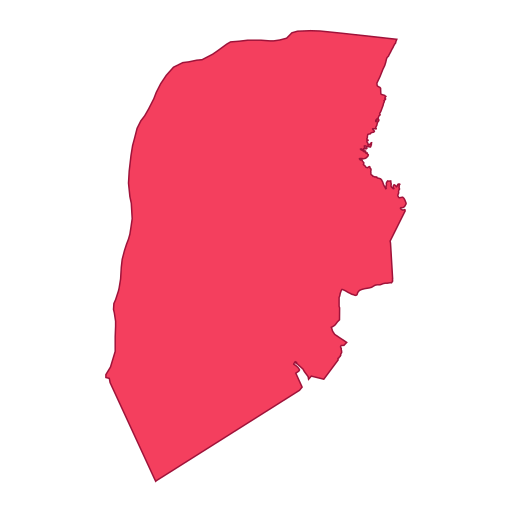 Barito Timur, Kalimantan Tengah, Indonesia (orthographic projection)
{"feature_id": "22746128B29529230943245", "entity_name": "Barito Timur", "entity_type": "district", "adm_level": 2, "iso_a3": "IDN", "parent_name": "Indonesia", "parent_adm1": "Kalimantan Tengah", "projection": "orthographic", "projection_center": [115.357, -2.015], "detail": "fine", "context": "isolated", "style": "filled", "palette": "rose", "viewbox_px": 512, "rotation_deg": 0, "n_neighbors": 0, "source": "geoboundaries", "source_scale": "gbopen_adm2", "svg_char_len": 6001}
<svg xmlns="http://www.w3.org/2000/svg" viewBox="0 0 512 512"><path d="M155.7,481.3L156.3,480.7L299.5,390.3L302.1,387.1L295.8,373.2L298.8,371.1L299.5,370.0L299.5,369.7L298.9,368.8L297.8,367.3L296.1,365.8L293.7,364.2L293.8,363.7L294.9,362.1L295.2,362.3L295.4,361.8L296.6,362.4L296.2,363.5L297.3,363.9L303.0,369.1L304.3,371.5L308.1,376.6L308.6,379.2L311.3,376.1L323.8,379.2L337.8,360.4L338.0,360.2L338.1,359.7L338.0,359.1L338.0,358.4L339.0,357.8L339.1,357.3L340.0,356.5L340.3,356.1L340.4,355.4L340.8,355.1L340.7,354.5L340.8,353.9L341.4,353.0L341.7,352.3L341.5,351.7L341.7,351.1L341.3,350.1L341.2,349.0L341.3,348.2L340.7,347.7L340.5,346.7L341.2,345.5L343.9,345.4L346.7,342.4L339.3,337.5L334.7,334.4L332.6,331.2L331.7,328.3L331.3,327.3L332.4,326.8L334.7,325.3L336.0,323.8L337.4,321.9L339.5,319.8L339.6,307.8L339.1,306.4L339.1,297.4L339.7,296.0L340.2,293.4L341.2,290.6L341.8,289.5L342.6,289.5L345.1,290.6L348.3,292.5L350.3,293.4L351.2,294.0L352.5,294.5L353.2,294.5L354.3,295.1L355.2,295.3L355.7,295.4L356.2,295.2L356.8,294.9L357.2,294.2L357.7,292.5L359.3,290.6L359.6,290.3L360.1,290.2L360.4,290.0L361.9,289.4L364.5,288.7L369.3,287.9L371.6,287.3L373.2,286.3L375.3,285.1L375.7,285.1L377.0,284.8L380.0,284.8L381.8,284.2L382.6,283.8L383.3,283.6L385.2,283.2L387.2,283.2L390.2,282.7L391.5,282.8L392.6,281.2L392.6,280.8L392.5,280.5L392.6,280.2L392.5,279.6L392.6,279.1L392.5,278.8L392.6,278.7L392.5,278.4L392.6,278.2L390.5,243.0L390.1,241.1L404.8,211.6L404.9,211.3L405.1,211.1L405.0,210.7L405.1,210.1L404.9,209.7L404.4,209.6L403.2,210.1L402.7,210.1L401.2,209.3L400.5,208.6L400.5,208.0L401.0,207.6L402.2,207.7L403.0,207.5L403.4,207.4L404.6,206.5L406.0,204.0L406.1,203.5L406.0,202.9L404.9,200.1L404.5,199.3L403.8,198.2L402.9,197.4L402.7,197.2L402.4,197.2L399.4,197.8L399.1,197.7L398.8,197.5L398.5,197.1L397.8,195.7L397.8,195.1L398.7,192.9L398.5,191.6L398.7,190.7L398.9,190.0L399.5,189.2L399.5,188.8L399.1,187.8L399.2,185.9L399.1,185.1L399.2,184.9L399.8,184.5L399.8,184.3L399.7,184.1L399.4,184.0L398.8,184.0L398.2,184.1L397.7,184.6L396.9,186.5L396.6,186.8L396.3,186.7L395.9,186.0L394.6,184.9L394.2,184.8L393.9,184.9L393.7,185.1L393.3,186.0L393.2,187.0L393.1,187.5L393.1,187.8L393.6,188.1L393.9,188.4L393.9,188.6L393.6,188.7L393.2,188.7L391.4,187.0L391.1,186.3L391.0,185.5L391.2,184.4L391.2,183.9L390.8,182.1L390.8,181.0L390.3,180.9L389.0,181.2L388.7,181.2L387.9,180.9L387.7,180.9L387.0,181.7L386.9,182.1L386.3,183.1L386.3,183.5L386.5,185.1L386.1,185.7L386.1,186.0L386.1,186.8L386.0,187.9L386.2,188.5L385.7,188.7L385.1,187.4L384.7,186.9L383.5,184.5L382.7,182.0L381.8,180.4L381.6,179.9L381.1,179.5L380.8,179.0L380.5,178.8L379.2,178.4L378.8,178.2L378.1,178.2L377.3,177.9L376.9,177.5L376.8,177.2L376.7,177.0L376.2,177.2L375.7,176.9L374.5,176.9L373.7,176.4L372.9,176.4L372.6,175.9L372.5,175.5L371.6,175.1L371.0,174.4L370.8,173.2L370.9,172.7L370.7,171.4L370.9,170.9L371.0,169.2L370.8,168.8L370.3,168.4L370.1,168.0L369.9,167.1L369.8,166.8L369.5,166.6L369.2,166.6L368.0,167.4L367.5,167.7L367.1,167.6L366.0,167.3L365.7,167.0L364.9,165.8L364.3,165.2L363.8,165.0L363.4,164.5L363.8,163.2L363.8,162.7L362.4,161.1L362.1,160.0L361.8,159.8L361.3,160.0L360.7,160.1L360.4,160.0L359.6,159.2L359.4,158.8L359.6,158.6L359.8,158.5L361.5,158.5L362.7,158.6L363.6,158.8L364.1,158.6L365.2,158.4L366.4,157.7L368.0,156.0L368.1,155.4L368.3,155.1L368.3,154.7L367.6,154.2L367.2,153.7L367.2,153.1L367.1,152.9L366.8,152.9L366.5,153.3L366.1,153.3L365.7,152.6L365.6,152.0L365.7,151.4L365.7,151.2L365.4,151.0L365.0,150.9L364.8,151.2L364.5,151.8L364.2,151.8L362.7,150.6L361.5,150.0L360.8,149.6L360.5,149.3L360.5,149.1L361.4,148.9L362.5,149.5L363.3,150.2L363.6,150.2L363.8,150.0L363.9,149.4L363.7,148.6L363.9,148.3L364.2,148.3L365.4,148.8L366.1,148.9L366.6,148.6L366.9,148.3L366.7,148.0L366.2,147.9L365.4,148.1L365.1,148.0L364.9,147.7L364.7,147.1L364.6,146.6L364.3,146.2L364.4,145.9L365.5,145.9L366.5,146.4L367.2,146.6L368.7,146.7L369.1,146.7L370.2,147.1L370.4,147.0L370.6,146.8L370.8,146.4L371.0,145.4L371.4,144.9L371.4,144.7L371.3,143.8L371.6,142.9L371.6,142.7L371.4,142.7L371.1,142.8L370.8,143.5L370.0,144.2L368.4,145.1L368.0,145.0L368.0,143.4L367.2,142.4L366.9,141.6L367.0,140.7L367.9,140.6L368.1,140.4L368.0,140.0L367.0,139.6L366.8,138.8L367.2,138.1L367.4,137.3L367.4,136.3L367.8,134.5L368.0,134.3L368.3,134.2L370.4,133.8L370.9,133.0L371.6,132.6L373.5,132.2L374.2,131.7L374.4,131.4L374.4,131.1L372.7,129.3L372.6,128.8L372.7,128.7L374.6,128.7L375.7,128.9L376.1,128.9L376.2,128.7L376.2,128.4L375.7,127.9L375.7,127.4L376.9,125.1L377.1,123.9L377.5,122.4L378.8,120.7L378.9,120.0L378.5,119.0L378.2,118.8L377.9,118.7L377.6,118.9L377.3,119.2L376.9,120.0L376.5,121.0L376.1,121.6L375.9,121.6L375.7,121.4L375.7,120.5L375.8,120.2L377.1,118.7L378.2,118.0L378.8,116.3L379.0,115.9L380.1,114.9L380.1,114.6L379.7,114.1L379.7,113.3L380.8,111.5L383.1,105.3L383.5,103.4L383.8,102.8L384.3,101.7L384.3,101.4L384.0,100.6L385.1,99.8L385.5,99.4L385.5,98.9L385.0,98.9L384.9,98.7L384.9,98.1L385.2,97.4L385.9,96.4L384.8,95.7L384.7,95.4L381.4,94.4L380.8,93.7L380.6,88.3L380.0,87.5L377.5,86.1L377.1,85.4L376.9,83.1L380.0,76.6L382.9,69.3L384.7,65.6L385.7,62.4L386.5,58.9L387.1,57.5L388.6,56.0L389.0,54.9L390.6,52.0L391.6,49.9L393.2,47.1L393.5,46.3L394.7,44.1L395.3,43.4L395.6,43.0L395.9,41.5L396.8,39.3L341.4,33.2L320.0,31.0L310.5,30.7L297.5,31.2L291.9,32.8L286.6,38.2L279.8,40.0L273.6,40.9L270.1,40.9L260.8,40.2L247.8,40.2L239.4,41.2L230.6,41.9L226.9,44.0L217.6,50.8L212.7,54.2L202.1,59.7L196.7,60.2L188.6,61.9L182.8,62.6L173.5,67.2L166.3,75.3L160.7,83.7L156.3,92.3L153.8,98.8L148.7,108.8L144.7,115.8L140.8,120.9L137.1,128.3L134.5,138.5L132.6,145.5L131.0,155.5L129.2,171.1L128.5,183.1L129.9,196.6L131.3,203.3L132.2,218.7L131.0,227.0L129.9,234.2L128.5,239.1L126.6,244.0L124.5,250.5L122.2,259.3L121.3,267.2L120.6,279.0L119.1,288.2L118.4,291.1L115.6,299.7L113.9,303.5L113.5,309.4L114.3,312.7L115.6,321.2L115.6,326.2L115.2,336.7L115.2,351.4L110.5,367.0L105.9,374.6L105.9,377.5L109.3,378.4L110.1,382.6L154.3,478.4L155.7,481.3Z" fill="#f43f5e" stroke="#9f1239" stroke-width="1.5"/></svg>